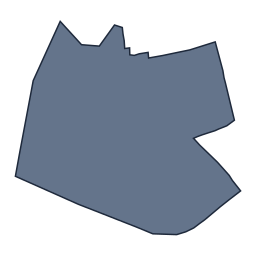 Onitsha South, Anambra, Nigeria
{"feature_id": "59680162B59497895637604", "entity_name": "Onitsha South", "entity_type": "district", "adm_level": 2, "iso_a3": "NGA", "parent_name": "Nigeria", "parent_adm1": "Anambra", "projection": "robinson", "projection_center": [6.781, 6.141], "detail": "fine", "context": "isolated", "style": "filled", "palette": "slate", "viewbox_px": 256, "rotation_deg": 0, "n_neighbors": 0, "source": "geoboundaries", "source_scale": "gbopen_adm2", "svg_char_len": 701}
<svg xmlns="http://www.w3.org/2000/svg" viewBox="0 0 256 256"><path d="M228.9,199.9L240.6,190.9L232.4,180.5L229.2,175.4L217.5,162.3L213.6,158.5L199.6,145.0L193.5,138.3L197.4,136.6L202.0,134.9L209.0,132.6L215.0,130.7L218.7,129.0L226.8,125.8L234.4,120.2L225.4,82.9L224.0,77.6L222.9,70.7L215.2,41.9L189.8,49.9L178.6,52.2L162.8,55.5L148.6,58.0L148.1,52.4L139.2,53.8L134.3,55.4L129.8,54.8L129.6,47.9L124.7,48.5L124.2,40.8L123.0,33.9L122.3,27.5L114.5,25.0L99.3,46.1L81.5,44.7L60.2,21.4L33.2,80.7L31.3,90.9L19.5,153.7L15.4,176.3L78.4,204.3L136.1,226.9L152.8,233.8L176.7,234.6L185.8,231.8L193.8,227.9L199.6,223.5L204.7,219.8L220.3,206.7L228.9,199.9Z" fill="#64748b" stroke="#1e293b" stroke-width="1.5"/></svg>